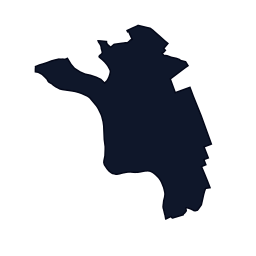 the district of Giurgeni, Ialomita, Romania, rotated 167°
{"feature_id": "2599482B95773019331943", "entity_name": "Giurgeni", "entity_type": "district", "adm_level": 2, "iso_a3": "ROU", "parent_name": "Romania", "parent_adm1": "Ialomita", "projection": "albers", "projection_center": [27.835, 44.741], "detail": "fine", "context": "isolated", "style": "filled", "palette": "ink", "viewbox_px": 256, "rotation_deg": 167, "n_neighbors": 0, "source": "geoboundaries", "source_scale": "gbopen_adm2", "svg_char_len": 5020}
<svg xmlns="http://www.w3.org/2000/svg" viewBox="0 0 256 256"><g transform="rotate(167 128 128)"><path d="M171.4,209.5L173.5,209.1L173.8,209.1L174.4,209.2L174.9,209.3L175.8,209.7L176.5,209.9L176.8,209.9L178.4,210.2L179.3,210.5L179.9,210.7L181.6,210.7L184.2,210.7L186.4,210.6L187.2,210.6L188.1,210.5L188.7,210.4L189.5,210.3L190.1,210.2L192.3,209.9L193.6,209.8L195.6,209.6L195.8,209.5L196.0,209.6L196.8,209.5L197.5,209.5L199.0,209.4L199.5,209.4L201.1,209.2L202.6,208.9L204.3,208.7L204.4,208.2L204.5,207.5L204.6,207.4L204.7,207.1L204.8,206.8L204.9,206.6L205.4,204.5L205.6,203.6L202.9,202.5L199.6,199.6L197.1,195.8L195.7,193.4L195.6,192.3L194.9,190.7L193.7,189.5L192.3,188.3L191.2,186.7L189.0,184.3L187.4,183.0L185.6,181.4L183.4,180.3L174.1,176.7L171.3,175.5L168.1,173.8L165.4,172.1L160.3,168.2L158.5,166.2L153.6,156.5L152.6,153.6L151.2,147.5L150.9,145.6L150.8,139.6L151.2,135.4L153.7,122.1L154.4,115.0L155.0,112.4L156.7,106.1L158.8,101.5L159.1,100.5L159.3,99.9L159.3,98.9L159.3,98.3L159.2,97.4L158.9,96.6L157.5,92.9L156.2,90.4L155.5,89.5L154.3,88.1L153.8,87.6L152.9,86.9L152.6,86.9L152.4,86.8L151.2,86.2L150.8,86.0L150.7,85.9L150.2,85.7L149.9,85.6L149.0,85.4L148.6,85.4L147.8,85.4L147.6,85.3L147.0,85.3L146.9,85.3L146.7,85.3L146.3,85.3L145.8,85.3L145.2,85.4L142.4,85.4L141.3,85.3L140.9,85.3L140.7,85.3L140.1,85.3L139.2,85.2L138.9,85.2L138.5,85.2L138.1,85.1L137.3,85.0L135.9,84.7L135.7,84.7L134.3,84.2L134.2,84.2L133.6,84.0L133.1,83.8L132.9,83.8L132.8,83.7L131.8,83.5L131.7,83.4L129.5,82.9L128.7,82.8L128.6,82.7L128.4,82.7L127.4,82.6L127.1,82.6L126.0,82.5L125.4,82.5L122.8,82.4L121.1,82.3L120.9,82.3L120.4,82.2L120.2,82.1L118.4,81.9L118.0,81.7L117.8,81.6L117.7,81.6L116.7,81.2L116.0,80.9L114.5,79.7L114.2,79.5L113.1,78.3L112.0,76.9L111.1,75.6L110.5,74.6L110.4,74.5L109.6,73.2L109.0,72.1L108.9,71.8L108.0,69.5L107.7,68.2L107.6,67.9L107.4,67.2L107.4,66.8L107.2,65.8L107.2,65.7L106.8,63.1L106.7,63.0L106.7,62.8L106.6,61.1L106.6,60.9L106.6,60.6L106.6,58.7L106.6,57.8L106.6,57.5L106.6,57.0L106.8,55.5L107.1,54.4L107.2,54.1L107.4,53.7L107.8,52.6L108.0,52.2L108.1,51.9L108.4,51.4L108.7,50.8L109.0,50.2L109.5,49.3L109.8,48.5L109.9,48.1L110.2,47.4L110.3,46.9L110.4,46.7L110.7,45.9L110.8,45.6L110.9,45.4L111.5,43.6L111.6,43.1L111.7,41.9L111.6,40.9L111.6,40.3L111.6,39.4L111.6,39.1L111.6,38.4L111.6,37.4L111.6,35.5L111.5,35.1L111.6,33.0L111.7,31.3L111.7,30.9L111.3,30.9L110.8,31.0L110.5,31.1L108.4,31.6L107.5,31.8L106.1,32.1L105.9,32.1L105.8,31.9L105.8,31.7L105.7,31.3L105.6,31.2L105.4,30.9L105.2,30.6L105.1,30.4L104.9,30.3L104.7,30.3L104.1,30.3L103.6,30.4L103.3,30.4L101.8,30.5L101.3,30.5L101.0,30.5L99.9,30.6L98.3,30.7L93.8,31.0L93.7,31.3L93.5,31.6L93.4,31.7L93.0,31.9L92.8,32.1L92.3,32.3L91.9,32.5L91.1,33.2L90.3,33.8L90.1,34.0L89.9,34.3L89.8,34.6L89.8,34.8L89.8,35.2L89.8,35.5L89.9,35.9L89.9,36.1L89.8,36.3L89.8,36.5L89.7,36.6L89.5,36.9L89.4,37.0L89.2,37.2L88.9,37.2L88.7,37.1L87.1,36.4L86.8,36.1L85.5,35.3L84.8,34.8L84.4,34.5L83.8,34.0L83.3,33.6L83.0,33.3L82.7,33.0L82.6,32.9L82.2,32.6L81.9,32.5L81.3,32.3L81.1,32.3L80.8,32.2L80.6,32.2L79.7,32.3L79.3,32.4L79.2,32.4L78.9,32.3L77.6,33.3L73.8,36.7L72.6,39.2L71.3,41.9L69.3,46.1L67.7,49.1L66.5,51.0L66.2,51.4L65.9,51.7L65.5,51.7L61.5,51.4L61.6,52.2L61.8,53.4L61.9,54.2L62.1,55.5L62.4,57.7L63.3,63.2L63.6,65.1L65.1,73.9L60.4,74.7L61.2,80.2L56.5,80.8L58.2,92.5L50.4,93.6L54.0,123.6L57.3,144.5L58.5,153.7L74.0,151.8L75.8,166.3L58.8,173.9L55.5,175.2L57.0,179.6L61.7,182.0L62.4,183.1L64.8,184.7L65.3,185.0L69.4,186.9L70.0,187.2L70.5,187.5L73.3,189.4L74.8,190.1L76.5,190.4L76.7,190.7L76.8,190.8L76.9,191.0L77.2,191.5L78.0,193.3L76.8,193.7L76.5,193.7L76.1,193.9L75.9,194.0L75.5,194.3L74.1,195.3L75.4,197.4L70.1,201.4L72.7,204.8L76.0,209.5L81.3,216.9L81.6,217.4L83.7,219.9L84.0,220.2L86.9,221.6L94.9,225.6L95.1,225.7L95.3,225.6L97.4,225.1L100.6,224.5L102.7,224.1L102.9,224.0L107.0,223.2L106.7,221.8L105.7,222.0L105.1,218.9L104.0,213.5L105.5,213.2L105.8,213.2L106.1,212.9L107.8,211.9L108.1,211.8L109.3,211.2L109.5,211.1L109.9,211.1L110.0,211.2L110.4,211.4L110.6,211.5L111.1,211.6L113.6,211.8L114.3,211.9L115.3,212.0L121.1,212.5L122.5,212.6L122.8,212.6L123.1,212.4L123.4,212.3L126.7,210.5L127.4,211.5L128.6,213.1L128.8,213.4L129.1,213.9L129.4,214.6L129.5,214.8L129.7,215.0L129.8,215.1L129.5,217.1L129.8,217.2L136.1,219.3L137.5,219.7L137.5,219.4L137.4,218.9L137.3,218.3L137.1,217.8L136.8,217.0L136.6,216.5L136.4,216.0L136.2,215.2L136.0,214.7L136.0,214.0L135.9,213.4L136.0,212.2L136.1,211.7L136.1,211.2L136.1,210.6L136.0,210.0L136.0,208.9L136.0,208.2L136.0,207.7L136.2,207.1L136.4,206.7L136.5,206.5L136.7,206.3L137.1,206.1L138.3,205.4L139.0,205.2L139.4,204.9L139.8,204.6L140.0,204.3L140.1,204.1L140.1,203.9L140.1,203.7L139.4,202.7L138.5,201.5L138.0,200.9L137.5,200.2L137.1,199.6L136.7,199.0L136.4,198.5L136.0,198.0L134.3,194.7L133.5,192.7L132.4,188.6L132.4,187.2L132.9,185.8L133.8,184.0L135.1,181.9L136.3,180.4L137.7,178.9L140.7,177.0L143.6,181.5L147.5,184.6L152.7,187.8L157.8,190.2L162.1,193.4L166.8,198.2L169.2,202.8L171.4,209.5Z" fill="#0f172a" stroke="#020617" stroke-width="1.5"/></g></svg>